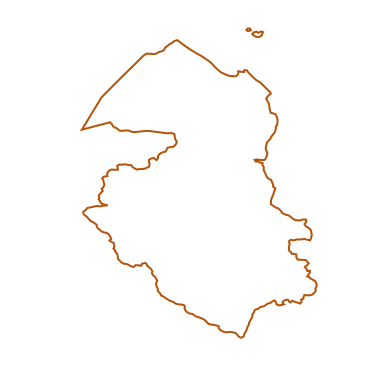 the district of Macaé, Rio de Janeiro, Brazil, rotated 260°
{"feature_id": "56859067B80859432547876", "entity_name": "Macaé", "entity_type": "district", "adm_level": 2, "iso_a3": "BRA", "parent_name": "Brazil", "parent_adm1": "Rio de Janeiro", "projection": "equal_earth", "projection_center": [-41.985, -22.283], "detail": "fine", "context": "isolated", "style": "outline", "palette": "amber", "viewbox_px": 384, "rotation_deg": 260, "n_neighbors": 0, "source": "geoboundaries", "source_scale": "gbopen_adm2", "svg_char_len": 5459}
<svg xmlns="http://www.w3.org/2000/svg" viewBox="0 0 384 384"><g transform="rotate(260 192 192)"><path d="M300.9,119.3L272.5,94.4L274.9,123.5L273.0,124.7L270.6,125.6L269.0,127.0L268.1,128.7L266.6,130.0L265.0,131.3L264.3,134.2L264.2,136.6L263.7,140.0L261.6,143.4L261.0,145.4L260.7,149.1L260.5,153.3L260.2,155.9L259.9,159.0L258.4,163.9L257.5,166.9L256.9,168.9L255.4,173.5L254.3,177.0L253.9,179.7L253.4,182.7L252.0,184.8L250.3,184.7L248.4,184.6L246.4,184.8L244.4,185.8L242.5,185.0L241.0,183.4L239.9,181.7L239.9,178.3L239.9,175.7L238.1,174.3L236.4,173.0L236.2,170.5L235.9,168.5L234.7,166.2L233.0,164.7L231.3,164.4L229.6,162.6L232.1,160.3L232.1,157.7L231.1,155.2L229.2,154.7L227.0,155.2L224.3,154.0L223.2,149.6L223.3,147.0L223.7,144.2L223.7,141.6L225.5,139.2L227.1,137.8L229.0,136.8L229.6,133.8L230.9,131.0L231.1,127.6L231.7,125.1L230.7,122.8L228.8,123.1L226.8,122.8L227.3,119.8L228.1,116.9L227.6,114.8L226.5,112.9L224.8,111.5L222.4,111.5L222.4,107.6L221.2,106.0L219.1,106.7L216.8,106.8L214.2,106.9L212.0,105.5L211.0,103.6L208.6,104.3L207.3,102.6L205.9,100.9L204.6,99.5L202.7,99.8L201.0,98.8L199.3,99.8L196.9,100.3L195.3,102.7L193.4,106.7L193.8,103.6L194.0,101.4L193.7,99.1L194.5,97.0L194.7,94.6L194.5,90.4L194.5,86.3L192.6,83.9L191.4,81.4L189.0,81.4L187.5,82.4L186.4,83.8L184.4,84.9L182.4,86.4L180.9,87.1L179.5,89.4L177.9,91.0L176.1,92.4L174.5,92.2L172.7,93.0L170.6,94.7L168.6,96.4L167.3,98.8L166.6,100.7L165.0,102.6L162.4,103.7L159.7,104.3L158.5,102.3L156.9,103.9L155.4,106.0L153.0,106.2L151.4,105.9L150.1,104.8L148.1,106.0L146.3,106.2L144.8,107.2L142.7,107.7L140.8,107.7L139.2,107.4L137.2,108.7L135.3,110.0L133.3,112.1L132.4,115.1L131.3,116.9L129.4,119.0L128.3,121.7L129.7,123.6L129.1,126.8L128.1,128.9L130.0,130.3L130.3,133.5L128.8,134.9L127.2,134.9L125.4,136.6L123.0,138.4L120.9,139.2L118.8,138.4L116.6,139.3L114.6,141.1L112.8,141.6L110.6,142.4L108.8,141.0L106.3,140.5L104.5,141.0L102.7,141.5L100.4,141.1L98.9,142.2L97.3,143.2L95.5,143.5L94.2,145.6L92.3,147.4L90.7,149.2L88.8,151.1L87.8,153.1L86.7,154.9L85.3,156.0L84.2,157.9L83.4,160.2L82.8,162.8L81.8,164.6L80.3,165.1L78.8,164.4L76.4,164.9L74.6,166.3L72.7,168.4L72.0,171.0L70.2,172.9L68.8,174.2L67.7,176.5L66.0,179.4L64.6,181.3L63.3,182.6L61.1,184.0L59.1,185.5L58.4,187.3L57.7,189.2L56.9,191.5L55.4,194.9L52.9,194.7L51.6,195.8L50.1,196.9L48.7,199.2L47.8,201.4L47.7,204.3L47.1,207.0L46.1,209.1L45.1,211.0L42.9,212.1L41.0,213.4L39.9,215.0L40.8,217.8L43.2,219.0L45.3,220.8L47.4,222.2L49.6,223.3L51.4,224.9L53.3,225.5L54.7,226.7L56.7,228.1L58.4,229.8L60.6,229.9L62.1,231.7L64.7,233.2L65.3,235.1L65.6,237.1L67.0,239.5L66.9,242.8L67.9,245.1L69.0,247.4L69.0,249.8L70.5,252.6L70.9,254.6L69.1,255.4L66.7,255.8L65.4,257.3L65.1,260.4L65.5,263.1L67.1,261.8L68.8,263.0L69.6,265.8L69.2,267.8L67.4,268.5L66.1,269.7L67.5,271.7L66.4,273.4L65.1,276.1L63.4,278.9L64.8,280.9L67.2,280.7L67.4,283.1L69.1,283.5L71.0,284.8L70.4,286.9L69.8,289.7L70.0,292.4L71.4,294.9L73.3,296.7L75.6,296.8L77.2,298.2L78.8,298.7L80.9,298.5L83.2,297.5L84.8,295.5L86.3,293.6L87.8,292.8L88.8,290.8L90.6,292.6L92.0,294.0L94.0,294.4L94.1,291.8L96.1,291.6L98.6,290.1L99.9,292.6L101.5,294.6L103.5,293.4L105.1,292.3L106.0,289.5L106.4,286.9L107.2,284.3L109.1,283.5L110.6,283.5L112.5,283.9L113.5,281.5L113.8,279.5L115.4,279.0L117.2,277.5L119.3,277.6L121.6,278.0L123.6,279.2L126.6,278.9L127.8,281.0L126.7,283.6L127.1,287.0L126.6,289.6L126.3,291.8L126.3,294.3L125.2,296.8L123.9,299.9L125.7,301.2L127.9,302.1L129.4,302.6L130.9,302.4L133.2,302.6L135.3,301.6L137.0,299.9L138.9,297.9L140.9,297.2L142.9,299.5L145.1,299.5L145.7,296.3L145.2,293.5L145.8,291.0L146.6,288.4L148.3,286.7L150.0,285.1L152.1,283.3L153.2,280.9L154.1,279.2L155.7,277.1L158.2,276.1L160.0,274.7L161.4,273.4L162.5,271.1L164.4,269.5L166.3,267.5L170.4,268.5L175.7,271.7L181.2,274.7L183.1,272.8L184.9,273.3L187.1,272.7L190.1,272.0L191.4,270.1L193.4,268.5L195.0,268.0L197.2,267.5L199.5,266.8L201.9,266.5L203.9,267.0L206.1,266.1L208.1,266.6L209.4,263.6L210.6,262.2L211.0,259.9L212.8,259.3L212.7,261.9L211.5,265.1L211.0,269.0L213.0,271.1L214.9,272.0L217.4,273.1L221.1,272.1L223.5,272.5L225.6,273.5L228.1,274.7L230.6,278.3L232.9,279.8L235.9,283.4L237.6,284.6L239.8,285.5L242.0,285.9L243.2,287.4L246.2,288.4L248.3,288.8L250.0,288.7L251.5,288.5L253.9,287.9L255.2,285.9L256.3,283.3L257.9,283.0L260.2,282.9L261.7,282.9L263.8,283.1L265.5,283.1L268.6,282.0L271.2,281.3L273.2,283.4L275.2,286.7L277.0,286.2L278.4,285.1L280.8,283.3L283.3,281.6L285.1,280.3L286.6,279.2L288.2,278.3L289.9,276.0L291.4,274.4L292.7,273.4L294.1,272.3L295.5,271.2L296.9,270.2L298.3,269.3L300.4,268.0L302.4,267.1L302.8,264.4L301.1,264.2L301.8,261.5L302.9,258.5L300.9,258.2L299.4,257.1L298.3,255.4L298.9,252.5L299.8,249.3L301.2,246.4L302.7,244.4L303.9,242.6L305.2,241.0L307.2,239.2L309.3,237.6L311.3,236.1L313.1,235.0L315.1,233.8L317.2,232.1L319.0,230.4L320.1,229.1L321.5,227.7L323.2,226.0L324.6,224.5L326.3,222.4L328.1,220.2L329.7,218.3L331.0,216.8L332.4,215.3L334.1,213.5L335.4,212.2L337.1,210.5L338.9,208.7L340.4,207.4L342.1,205.8L344.1,203.8L343.7,200.4L342.3,198.4L341.4,195.4L339.9,192.6L338.8,190.6L336.9,189.4L335.9,187.3L335.7,185.2L335.5,183.1L334.6,181.4L334.4,178.3L335.3,175.3L336.2,171.4L334.4,167.3L326.4,155.9L320.0,146.5L312.0,135.0L300.9,119.3ZM338.1,287.8L337.2,284.9L338.8,283.2L338.4,280.5L337.0,278.8L335.4,280.0L333.7,282.1L333.0,285.1L334.1,287.8L335.7,288.6L337.1,289.7L338.1,287.8ZM343.0,277.5L343.4,275.3L342.1,273.7L340.7,274.9L341.0,278.0L343.0,277.5Z" fill="none" stroke="#b45309" stroke-width="2"/></g></svg>